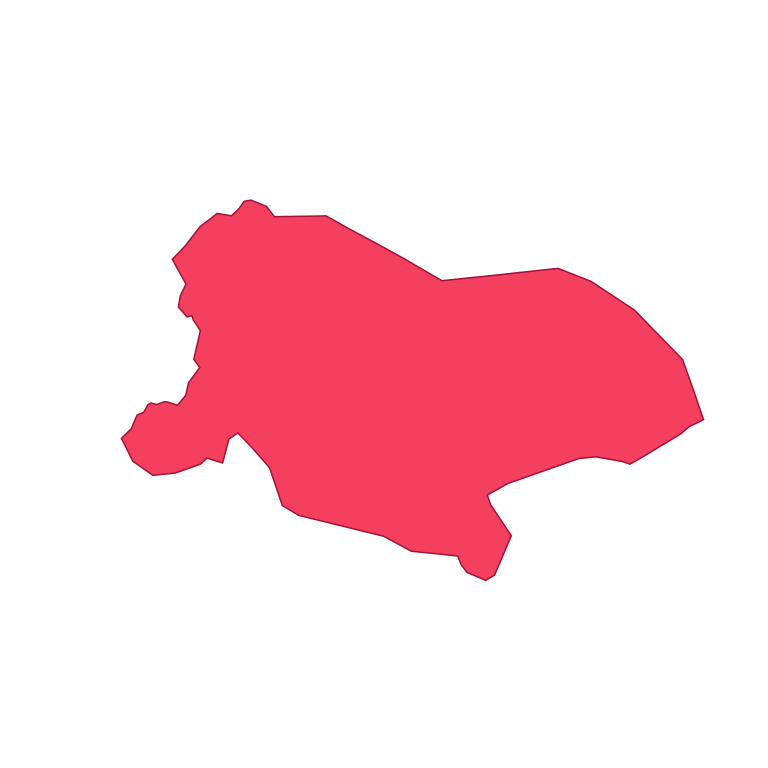 outline of Ad Diwaim, White Nile, Sudan, rotated 138°
{"feature_id": "16777658B64603280901749", "entity_name": "Ad Diwaim", "entity_type": "district", "adm_level": 2, "iso_a3": "SDN", "parent_name": "Sudan", "parent_adm1": "White Nile", "projection": "mercator", "projection_center": [31.891, 13.947], "detail": "fine", "context": "isolated", "style": "filled", "palette": "rose", "viewbox_px": 768, "rotation_deg": 138, "n_neighbors": 0, "source": "geoboundaries", "source_scale": "gbopen_adm2", "svg_char_len": 2559}
<svg xmlns="http://www.w3.org/2000/svg" viewBox="0 0 768 768"><g transform="rotate(138 384 384)"><path d="M440.2,170.7L439.9,170.0L429.8,168.0L390.9,186.0L385.5,223.0L381.5,232.3L358.3,227.1L288.8,198.1L275.2,188.0L258.7,166.8L254.9,159.8L238.4,156.3L197.1,148.4L187.5,148.1L185.3,148.0L173.2,144.4L170.3,143.9L160.6,166.6L158.7,170.9L157.4,174.2L147.8,197.4L145.7,202.3L145.8,205.2L146.3,218.4L146.4,220.1L147.2,240.1L147.4,244.4L147.6,249.9L147.9,258.7L148.4,271.2L148.5,271.6L148.6,272.1L148.9,273.5L149.1,274.0L149.3,274.9L149.6,276.1L150.8,280.5L151.5,283.1L153.3,290.4L153.7,291.9L154.8,296.1L155.7,299.4L156.9,304.0L158.3,309.4L158.4,309.7L160.3,317.3L161.2,320.5L161.5,321.8L161.8,322.4L165.5,329.8L167.4,333.6L171.0,340.9L171.7,342.2L175.7,350.4L177.3,353.5L178.1,354.0L182.4,357.2L191.8,364.0L201.8,371.2L203.1,372.1L207.6,375.4L208.0,375.7L214.4,380.3L219.6,384.0L224.3,387.4L226.8,389.2L233.1,393.8L237.7,397.1L238.4,397.6L245.2,402.6L248.1,404.7L252.9,408.2L255.8,410.3L263.9,416.2L267.8,419.0L268.7,419.7L269.8,420.5L270.4,420.9L271.8,421.9L272.7,424.7L273.6,427.5L275.4,432.9L276.1,435.2L277.5,439.6L277.9,440.7L278.2,441.9L279.0,444.2L279.8,446.8L280.2,447.9L280.7,449.7L280.8,450.0L281.1,450.8L282.7,455.8L283.0,456.7L284.7,462.2L285.2,463.7L285.8,465.4L286.9,468.6L287.4,470.0L288.1,472.2L288.4,473.0L291.3,481.2L295.2,492.4L295.6,493.7L296.9,497.3L297.0,497.7L298.2,500.8L299.7,504.9L301.8,510.9L303.4,515.2L304.0,516.9L305.9,522.1L306.1,522.7L306.9,525.0L308.4,529.4L309.4,532.3L309.7,533.3L310.5,535.6L312.0,540.2L314.1,546.3L314.5,547.6L319.2,551.7L322.3,554.4L330.0,561.1L330.2,561.3L332.9,563.7L336.0,566.4L339.1,569.1L342.0,571.6L345.6,574.8L353.3,581.5L353.5,581.7L353.1,586.7L353.0,588.1L352.6,594.1L352.5,594.7L352.9,595.4L353.8,597.3L357.2,604.3L359.9,609.7L360.5,610.1L365.6,613.3L366.3,613.2L375.0,611.3L383.6,611.1L384.8,611.1L385.7,612.2L389.4,616.8L393.6,622.0L393.9,622.4L394.0,622.4L401.9,622.9L415.1,624.1L439.0,619.7L457.9,618.3L464.3,590.8L476.4,585.8L485.3,578.9L485.5,565.6L481.1,563.4L482.9,559.1L484.8,546.5L497.4,537.7L508.9,529.6L509.9,519.5L528.5,515.7L538.8,508.3L551.6,506.4L557.0,515.6L559.2,517.9L566.7,520.9L569.8,525.7L573.0,526.7L581.4,523.8L588.3,526.1L601.7,519.9L615.5,519.3L622.3,494.7L616.9,470.8L598.7,457.5L574.1,447.3L565.1,447.3L556.8,433.3L536.0,446.9L525.4,445.4L524.7,425.4L525.1,398.3L533.0,380.1L540.9,361.7L535.3,343.4L486.1,271.0L475.6,241.4L468.2,233.3L444.3,206.8L447.6,197.8L448.4,188.4L441.9,174.5L440.2,170.8L440.2,170.7Z" fill="#f43f5e" stroke="#9f1239" stroke-width="1.5"/></g></svg>